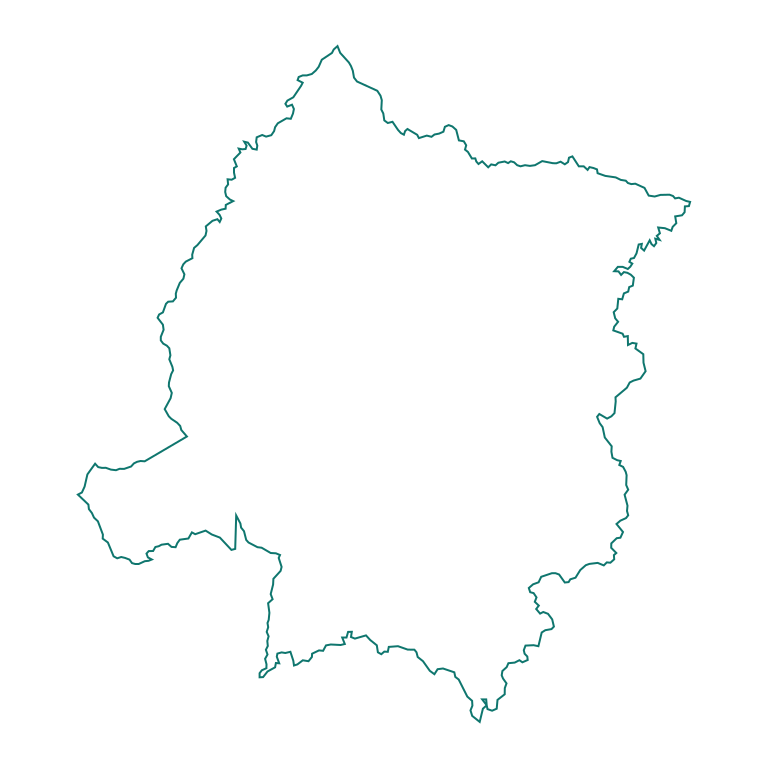 the district of Recursolândia, Tocantins, Brazil
{"feature_id": "56859067B91371942486930", "entity_name": "Recursolândia", "entity_type": "district", "adm_level": 2, "iso_a3": "BRA", "parent_name": "Brazil", "parent_adm1": "Tocantins", "projection": "albers", "projection_center": [-47.121, -8.697], "detail": "fine", "context": "isolated", "style": "outline", "palette": "teal", "viewbox_px": 768, "rotation_deg": 0, "n_neighbors": 0, "source": "geoboundaries", "source_scale": "gbopen_adm2", "svg_char_len": 6094}
<svg xmlns="http://www.w3.org/2000/svg" viewBox="0 0 768 768"><path d="M337.5,46.1L333.7,49.5L332.0,52.9L321.8,59.7L318.7,66.8L315.8,70.5L311.8,74.0L306.8,75.4L302.7,75.4L298.7,77.0L297.6,80.1L302.7,82.7L301.1,85.8L293.3,97.3L287.4,100.6L285.4,103.8L287.2,106.6L292.0,104.7L293.9,109.0L293.0,113.5L290.8,118.8L286.5,118.3L277.8,123.3L275.1,127.2L274.1,131.1L271.3,135.2L266.1,136.6L262.2,135.0L256.7,137.3L256.1,142.0L257.3,145.6L256.7,149.6L252.4,148.8L247.9,142.6L244.2,141.7L246.6,145.7L245.6,149.0L242.3,149.3L238.7,148.6L240.4,152.5L233.9,159.2L236.8,166.4L234.0,168.0L234.0,172.7L235.1,177.8L231.7,179.7L227.6,179.3L228.1,184.4L225.6,187.7L225.2,192.0L226.2,196.2L229.9,199.5L233.2,201.1L225.8,204.9L225.6,208.7L221.3,209.6L216.6,211.6L219.6,214.9L221.3,218.5L219.7,222.0L217.4,219.2L212.5,220.8L205.8,226.4L206.5,230.9L205.5,235.5L197.4,245.1L194.1,247.9L192.2,254.7L192.4,258.2L185.8,261.6L183.3,264.3L181.5,268.3L184.4,274.3L183.4,278.7L179.8,282.9L176.7,290.4L175.8,293.7L176.0,297.7L172.9,301.4L168.2,301.7L166.0,303.8L162.9,312.4L159.1,314.5L157.6,317.8L162.9,324.7L163.6,329.8L160.8,336.8L160.8,340.4L163.2,343.6L166.9,345.7L169.3,348.3L170.4,355.3L169.3,359.3L172.4,366.9L173.1,370.4L171.2,374.1L169.0,382.5L168.8,386.2L171.8,392.9L170.6,398.2L164.7,409.1L168.8,416.3L171.3,418.8L177.2,422.8L180.2,426.0L181.3,430.0L186.9,436.5L144.7,461.3L140.6,461.0L137.1,461.8L133.9,463.4L131.1,466.5L124.1,468.9L119.6,468.8L116.0,470.2L110.9,469.6L105.8,467.8L102.0,467.9L98.2,467.1L95.1,463.7L87.4,474.4L84.6,486.6L81.9,492.5L77.9,494.6L88.4,504.6L88.9,509.1L91.9,513.0L94.0,517.6L97.9,521.3L102.9,534.6L102.7,538.6L107.9,542.5L113.6,556.3L117.2,558.3L121.2,557.0L125.0,557.9L129.5,559.6L132.0,563.1L135.2,564.0L138.7,564.0L144.8,561.2L148.6,560.8L151.8,559.5L147.9,557.4L146.5,553.6L148.7,551.1L153.1,551.0L155.4,547.0L158.8,546.2L161.5,544.7L168.0,543.8L171.5,546.9L175.6,547.2L177.3,543.1L179.8,539.7L188.4,538.5L191.9,532.4L195.2,534.2L205.6,530.6L211.8,534.5L219.9,537.6L231.4,549.9L235.2,548.9L236.2,515.5L240.4,523.5L241.1,527.6L244.0,531.2L246.2,539.9L248.5,542.5L257.5,547.2L261.6,547.7L270.7,553.0L275.9,553.3L280.0,555.0L278.7,557.9L281.6,566.9L280.6,570.9L273.4,578.8L273.1,584.5L270.7,594.1L272.6,599.2L268.1,603.2L269.4,612.8L268.7,619.9L267.5,623.0L268.2,627.2L266.7,631.9L268.6,636.3L267.3,641.0L267.8,646.0L265.9,649.8L267.5,654.5L265.1,658.8L266.5,664.3L266.4,668.2L261.8,670.3L259.6,673.2L259.6,677.3L263.1,677.1L267.5,671.5L275.1,667.3L275.9,663.0L279.2,663.3L276.8,656.7L277.4,653.6L281.6,652.4L285.3,653.0L290.4,651.8L293.3,660.7L294.0,665.5L297.4,664.4L302.8,660.3L308.5,661.2L311.9,657.0L312.1,653.7L319.0,650.4L323.1,650.8L326.0,645.4L330.8,644.5L340.6,645.0L344.8,644.0L342.2,637.5L346.5,637.5L348.1,631.9L351.8,631.8L351.0,637.0L354.9,638.6L366.0,635.4L370.2,640.0L376.8,645.3L377.9,652.3L381.3,654.2L384.3,651.6L387.8,651.8L388.8,646.9L398.0,646.2L407.7,649.6L414.4,649.7L416.5,652.3L417.7,657.0L423.0,661.2L429.8,670.8L434.4,674.2L437.6,669.2L443.0,668.5L454.3,672.3L455.3,676.9L458.7,679.5L467.3,696.6L472.1,700.8L472.4,705.7L470.5,710.4L472.2,715.9L479.7,721.9L482.9,708.7L486.7,705.3L487.5,709.1L492.1,710.7L496.7,708.7L497.5,699.9L504.7,694.3L504.8,688.1L506.5,683.4L503.0,678.5L501.7,675.3L502.4,671.0L506.7,667.1L508.4,663.2L514.7,662.6L519.4,660.2L522.4,662.3L527.7,660.0L527.3,656.5L524.6,653.7L523.8,650.2L525.5,645.6L533.6,645.2L538.4,646.2L541.7,632.5L545.3,630.2L551.5,629.1L553.9,626.6L552.2,619.4L548.0,613.8L543.2,612.0L540.1,613.6L536.2,609.0L538.8,605.6L534.8,601.8L536.5,597.4L533.6,593.1L530.2,592.2L528.8,588.0L533.1,584.3L538.6,582.3L541.2,576.8L551.9,573.2L555.5,573.2L559.1,574.5L564.8,582.5L568.6,582.1L570.3,579.3L575.5,577.7L580.3,570.0L585.8,565.2L589.4,563.9L597.7,562.9L603.8,565.4L606.8,562.4L610.4,562.7L614.2,559.3L613.9,555.1L616.3,553.0L611.2,547.8L611.3,543.4L616.7,538.2L620.4,537.7L623.0,532.0L616.5,524.0L620.3,520.7L626.0,518.1L628.2,515.3L627.0,511.0L627.5,505.7L624.6,494.7L628.2,489.7L626.2,485.0L626.6,475.2L625.7,471.8L623.1,466.9L619.3,465.0L620.7,461.0L617.2,460.2L612.5,457.8L611.4,451.7L611.7,446.3L604.8,437.5L602.6,427.1L599.7,423.2L597.1,416.8L599.3,414.0L607.1,418.6L611.4,416.3L614.5,413.1L615.7,401.5L615.5,397.3L626.9,387.7L629.7,382.5L633.5,380.6L640.4,378.6L645.6,371.2L643.5,362.7L643.3,354.2L635.4,348.5L636.5,343.6L632.3,342.9L628.0,345.0L627.8,336.1L624.0,336.8L622.6,333.7L613.3,330.4L614.2,326.7L618.1,321.8L615.2,318.3L613.7,312.2L617.3,308.5L618.3,298.8L622.2,299.3L623.9,293.4L628.2,291.6L629.2,287.1L632.8,285.6L633.9,277.7L630.8,274.7L627.4,272.8L623.9,272.1L621.1,274.9L618.5,271.4L614.2,271.2L617.8,266.9L622.8,266.9L627.8,269.0L630.3,266.7L632.3,263.6L629.4,261.8L630.8,258.7L634.0,258.0L636.5,253.4L638.7,244.5L641.8,243.9L641.1,247.9L644.1,250.6L649.7,240.3L651.5,244.1L654.0,246.2L656.3,243.0L655.3,238.7L659.6,239.9L656.8,235.9L659.9,233.3L658.2,227.5L664.9,228.2L671.3,230.8L672.7,226.8L676.3,223.2L675.2,216.4L682.0,215.3L684.6,212.2L684.9,206.4L688.9,206.1L690.1,201.9L686.2,201.0L678.9,197.7L675.1,198.4L673.0,196.0L669.5,194.7L660.5,194.9L654.7,196.5L648.7,195.6L644.5,187.9L635.3,183.7L631.3,184.1L627.9,183.0L625.8,180.7L620.8,179.9L615.7,177.4L605.3,175.9L597.6,173.2L597.0,169.4L593.4,168.0L589.5,167.1L587.6,169.9L583.7,166.3L578.8,166.3L572.4,156.4L569.0,157.7L568.0,162.1L564.8,164.3L560.6,161.7L556.3,163.3L552.9,163.2L542.2,161.1L535.0,165.2L529.9,165.9L525.0,165.2L520.5,166.3L517.2,165.2L514.1,162.3L510.8,161.3L508.1,163.1L504.7,161.5L498.4,162.7L495.5,165.3L491.2,164.4L488.2,167.3L482.2,161.3L478.5,164.0L476.3,161.5L475.3,158.4L471.9,158.5L467.9,151.9L465.0,149.6L466.2,145.3L463.8,141.3L458.9,140.4L456.2,129.9L452.4,126.5L448.7,125.1L444.9,126.8L443.4,131.7L439.1,133.6L434.5,134.5L431.5,136.8L426.8,135.6L418.9,138.1L417.2,134.8L407.4,129.0L405.1,131.1L403.9,134.7L400.9,133.1L398.0,129.9L392.5,121.8L387.8,123.0L384.3,120.4L383.3,113.5L381.3,109.5L381.8,100.2L380.5,95.7L377.3,90.8L357.0,81.5L354.0,77.6L352.8,70.7L351.0,66.1L348.9,62.5L340.2,52.9L337.5,46.1ZM486.7,705.3L482.2,699.4L486.2,699.4L486.7,705.3Z" fill="none" stroke="#0f766e" stroke-width="2"/></svg>